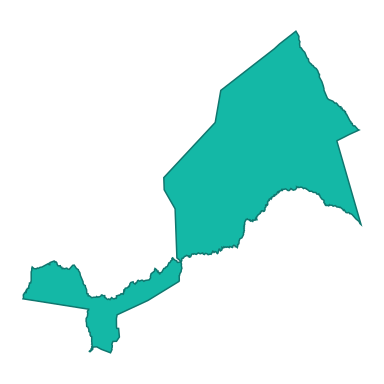 Isiolo North, Eastern, Kenya
{"feature_id": "3690345B29935700450408", "entity_name": "Isiolo North", "entity_type": "district", "adm_level": 2, "iso_a3": "KEN", "parent_name": "Kenya", "parent_adm1": "Eastern", "projection": "equal_earth", "projection_center": [38.187, 1.182], "detail": "fine", "context": "isolated", "style": "filled", "palette": "teal", "viewbox_px": 384, "rotation_deg": 0, "n_neighbors": 0, "source": "geoboundaries", "source_scale": "gbopen_adm2", "svg_char_len": 5991}
<svg xmlns="http://www.w3.org/2000/svg" viewBox="0 0 384 384"><path d="M295.9,31.2L279.5,44.0L274.3,48.8L220.8,90.4L215.2,122.5L163.8,177.6L164.2,189.8L175.1,208.8L176.9,257.9L181.3,261.7L181.8,260.5L181.7,259.5L182.1,258.3L183.2,258.2L184.5,256.5L186.0,256.0L186.4,255.4L188.1,255.8L188.3,256.4L189.1,256.1L189.0,256.9L189.4,257.2L190.6,256.8L191.7,254.3L192.8,253.9L193.6,254.2L194.1,253.7L196.3,254.4L198.3,252.9L200.2,253.8L202.7,253.0L203.4,254.2L204.4,254.5L205.4,253.4L207.0,253.7L208.1,254.7L210.3,254.1L211.1,254.3L212.9,251.2L214.0,252.5L215.1,251.5L215.9,251.8L217.3,253.6L217.9,253.2L219.0,249.2L219.7,249.1L220.4,250.9L221.8,250.0L222.1,248.9L222.0,247.4L223.0,248.0L223.9,246.8L224.7,247.5L225.8,246.9L226.8,247.3L227.7,246.8L229.2,247.6L229.8,246.5L232.4,247.5L232.8,247.0L232.5,246.4L233.9,245.2L235.0,245.8L235.3,246.7L235.9,246.4L237.3,247.6L237.8,245.6L237.7,244.5L238.6,244.1L239.0,243.1L239.0,241.3L239.8,238.9L241.9,237.8L243.5,234.6L243.5,232.4L244.1,232.0L243.9,231.0L244.4,230.3L243.8,228.8L244.4,228.0L243.8,226.9L244.5,226.0L244.1,225.2L244.7,224.4L244.6,222.5L246.0,219.5L246.7,219.6L247.2,218.9L248.2,219.7L249.5,219.6L249.6,220.3L250.2,220.0L250.7,221.1L251.6,220.7L252.1,221.2L252.6,220.3L253.0,221.0L253.5,220.1L255.0,220.2L255.4,219.2L255.9,219.6L256.0,218.4L256.7,218.9L256.2,217.4L256.8,217.1L256.8,216.4L257.7,215.7L258.0,214.9L260.3,213.3L260.3,212.3L261.2,211.7L261.4,211.1L261.8,211.5L262.2,210.9L263.1,210.6L263.6,211.4L264.4,211.1L265.0,209.8L265.0,207.6L265.6,207.3L266.0,206.6L265.6,205.2L266.5,204.6L267.1,205.3L267.4,205.1L267.7,204.5L267.6,201.8L267.9,201.7L268.4,200.6L269.2,200.5L269.0,199.7L269.3,199.1L270.2,199.1L270.4,198.4L271.1,197.9L271.5,198.6L272.1,196.9L273.8,196.3L273.9,195.5L274.5,195.8L274.6,194.9L275.7,195.0L276.3,194.1L276.7,194.2L277.3,192.6L277.8,192.6L277.7,191.9L278.6,191.5L278.8,192.4L280.2,190.7L281.4,190.5L281.6,189.7L282.3,190.2L282.5,188.8L282.8,189.6L285.7,188.9L288.0,190.5L289.0,190.6L289.8,190.0L291.2,188.0L291.1,188.5L292.0,189.5L292.5,189.5L293.2,190.2L295.4,189.6L296.6,188.1L296.6,187.5L296.8,187.8L297.9,186.9L298.8,187.6L300.8,187.1L302.2,187.4L303.5,188.6L304.5,188.1L306.1,188.5L306.3,189.1L307.1,189.3L309.5,191.3L311.8,191.2L313.2,192.4L315.9,192.5L316.7,194.0L318.0,194.2L318.7,193.9L318.7,194.7L319.6,195.1L320.2,196.8L321.8,199.0L323.8,200.2L324.2,201.0L323.8,202.1L325.3,204.9L325.6,204.5L326.2,205.5L327.7,205.4L328.5,205.8L329.2,204.9L329.4,205.4L329.9,205.1L332.3,205.3L333.1,206.2L335.2,205.6L337.1,207.1L337.9,206.9L339.6,207.5L340.1,207.2L342.8,209.3L343.4,210.4L344.1,209.8L346.0,212.5L347.3,212.8L348.6,212.5L349.3,212.9L349.7,213.7L350.5,213.6L352.0,214.4L356.0,219.0L359.0,221.4L360.0,223.6L361.0,224.5L336.9,141.1L337.0,140.7L349.2,134.5L359.0,130.0L357.9,129.5L354.8,125.9L353.4,125.9L352.6,125.1L352.2,123.4L351.2,123.2L350.9,121.8L349.9,120.8L346.5,114.1L345.8,113.7L345.4,111.6L344.7,111.8L344.0,110.3L342.7,110.0L342.0,108.2L341.2,108.5L340.8,106.7L339.7,106.8L337.8,105.2L337.7,104.5L336.2,103.0L334.9,103.2L332.9,101.2L328.7,99.5L327.4,98.3L323.9,90.0L324.0,88.9L323.2,85.6L321.8,81.5L319.3,77.0L319.5,74.3L318.8,73.8L317.7,70.7L316.2,68.5L314.3,67.4L313.1,65.6L312.1,65.3L311.4,64.1L310.4,63.5L308.7,61.4L308.4,59.0L306.9,57.7L304.8,52.4L302.6,50.1L301.3,48.0L300.0,47.3L299.5,43.8L299.9,41.7L298.8,39.5L298.9,36.3L295.9,31.2ZM113.0,341.4L116.5,341.3L119.4,337.0L118.6,328.4L116.8,328.4L116.5,326.9L116.4,318.5L117.1,314.8L148.2,300.3L179.0,281.4L179.3,280.3L179.2,275.7L179.5,275.6L179.9,273.6L181.1,271.7L181.3,269.8L181.9,268.3L181.3,265.6L181.5,263.9L181.0,262.9L181.3,261.7L177.8,262.5L176.9,261.7L176.7,260.9L174.9,260.2L173.7,259.0L172.9,259.3L172.9,258.0L172.6,257.8L171.9,258.5L172.0,260.0L170.8,260.9L170.1,262.5L169.0,262.7L167.3,266.5L165.6,267.2L165.0,268.3L163.8,268.5L161.7,272.3L160.3,272.8L159.8,273.9L159.4,273.8L159.0,272.5L158.1,272.4L158.1,271.2L157.4,271.4L156.6,269.7L155.0,268.5L154.5,269.9L154.7,270.5L154.4,271.2L151.1,273.7L150.4,276.4L150.6,277.9L149.1,279.9L145.1,280.5L143.8,281.3L142.6,280.3L141.7,280.2L139.4,281.1L138.2,280.3L137.6,280.7L136.5,282.9L135.8,282.9L135.1,284.1L133.6,283.1L133.1,281.8L130.8,282.5L129.9,283.8L129.4,286.3L128.7,286.8L128.5,286.5L127.5,287.8L125.3,288.2L124.5,289.8L123.9,289.9L123.8,291.2L124.3,291.2L123.6,292.3L123.5,293.6L123.1,294.2L122.3,293.7L121.8,294.0L121.1,293.7L119.5,295.3L118.3,295.2L117.4,295.8L116.5,295.8L116.5,297.9L116.2,298.4L115.3,298.2L114.4,298.8L113.3,298.8L111.6,297.6L110.0,299.7L108.8,298.9L107.8,299.5L106.8,299.0L106.1,298.1L104.6,297.4L104.9,296.3L104.7,295.6L102.9,295.7L102.0,294.9L101.4,295.0L100.8,296.1L98.8,297.1L98.1,296.8L97.5,297.2L96.5,296.5L95.9,297.3L93.8,297.2L91.8,297.7L89.3,295.8L88.2,295.8L88.1,293.9L86.8,293.6L86.6,289.8L85.4,286.9L85.3,285.6L83.9,284.8L83.1,283.3L83.1,281.9L80.4,275.5L79.8,272.6L78.6,270.8L78.3,269.7L76.4,268.4L74.2,265.1L72.7,265.3L69.2,269.3L67.6,269.0L66.8,268.1L64.2,268.8L63.5,268.3L62.2,268.7L61.8,267.2L60.4,266.9L60.3,265.7L58.2,265.9L57.3,264.7L56.8,262.8L55.9,261.8L55.0,262.2L54.6,261.2L54.1,261.0L49.9,262.6L49.7,264.7L48.6,264.4L48.3,263.6L41.8,267.1L40.1,267.3L38.2,268.4L37.3,268.0L36.4,268.8L34.0,268.6L32.2,267.0L31.8,268.3L31.8,270.2L31.2,271.9L31.2,280.6L30.6,283.0L29.5,283.0L29.3,285.0L28.8,285.9L28.7,288.2L27.4,288.4L26.9,289.9L26.5,289.8L26.2,292.1L25.6,291.5L25.0,292.9L24.5,292.9L24.0,294.1L23.5,294.3L23.3,295.3L23.5,297.7L23.0,298.8L88.7,309.2L88.5,310.1L87.5,311.0L87.4,312.1L87.9,313.4L87.6,314.1L87.6,315.3L87.2,316.9L86.2,318.3L86.1,321.3L86.5,322.6L86.7,326.4L88.0,327.2L88.8,329.4L88.9,331.6L90.1,332.4L90.1,335.1L90.5,335.3L90.7,336.2L91.7,336.7L91.7,341.7L92.0,343.2L91.7,344.1L92.0,344.2L92.2,346.0L91.7,346.8L92.0,347.7L91.2,348.7L91.0,349.4L91.2,349.8L90.9,350.5L90.1,350.6L89.3,351.3L89.4,351.5L90.1,351.7L92.7,349.3L92.9,347.1L96.7,346.8L101.3,349.3L110.5,352.8L112.0,349.6L111.7,348.8L112.2,347.2L112.3,345.3L111.8,344.4L112.4,342.7L113.0,341.4Z" fill="#14b8a6" stroke="#0f766e" stroke-width="1.5"/></svg>